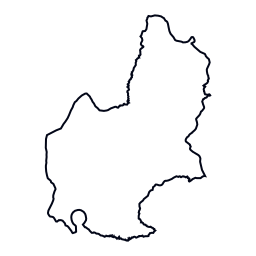 the district of Senafe, Debub, Eritrea
{"feature_id": "51966322B59675289253253", "entity_name": "Senafe", "entity_type": "district", "adm_level": 2, "iso_a3": "ERI", "parent_name": "Eritrea", "parent_adm1": "Debub", "projection": "orthographic", "projection_center": [39.494, 14.702], "detail": "fine", "context": "isolated", "style": "outline", "palette": "ink", "viewbox_px": 256, "rotation_deg": 0, "n_neighbors": 0, "source": "geoboundaries", "source_scale": "gbopen_adm2", "svg_char_len": 5823}
<svg xmlns="http://www.w3.org/2000/svg" viewBox="0 0 256 256"><path d="M73.3,105.3L72.7,107.2L70.9,110.5L69.0,115.2L67.6,118.2L65.3,121.7L63.6,123.9L60.9,128.5L56.3,130.3L47.0,135.1L46.0,139.0L45.8,147.9L46.7,152.0L46.5,154.8L46.6,157.0L46.2,160.9L46.4,162.7L45.9,165.6L45.9,167.6L46.2,171.5L47.0,175.5L47.8,178.3L50.3,180.4L50.9,181.2L51.1,182.3L53.4,183.9L55.4,188.3L55.5,189.3L54.5,191.4L53.3,195.3L53.2,197.3L53.6,198.7L53.2,200.4L51.9,203.6L48.4,210.6L48.0,212.8L48.1,213.7L49.2,215.6L50.1,216.5L52.2,216.8L53.3,217.2L54.1,218.1L56.0,221.4L57.0,221.6L59.0,220.1L59.3,220.3L60.8,220.1L62.6,220.7L64.9,223.3L65.5,225.4L67.4,226.1L68.2,226.8L71.3,230.9L72.2,232.6L72.8,233.1L75.5,232.2L76.1,231.7L75.9,226.2L75.4,225.5L73.4,223.9L72.4,222.2L71.6,219.9L71.3,217.5L71.4,215.9L71.8,214.4L73.0,212.4L75.0,210.8L77.7,210.0L79.5,209.9L81.1,210.3L83.7,211.9L85.2,214.0L85.7,215.6L86.2,218.5L86.0,220.2L84.5,222.7L82.9,224.6L84.8,227.1L85.1,227.3L85.6,227.2L88.0,229.0L88.8,229.4L89.6,230.6L91.7,232.8L93.2,232.8L93.8,232.4L94.8,232.6L96.4,233.6L98.0,233.7L98.9,234.0L100.6,235.4L102.6,235.7L103.6,236.3L104.3,236.3L104.6,236.7L105.8,236.3L106.2,235.7L108.1,236.3L108.9,236.0L109.3,236.2L109.5,235.7L110.6,235.5L110.7,236.0L111.9,235.5L111.9,236.4L112.1,236.7L113.4,237.1L113.9,236.3L114.1,236.8L114.9,236.9L115.4,237.5L116.0,237.5L117.0,238.7L117.7,238.1L118.3,238.1L118.6,237.4L119.1,236.8L119.5,237.7L119.2,238.6L119.3,238.9L121.0,238.4L121.8,239.2L124.6,239.8L125.3,239.6L125.6,240.2L126.3,240.2L126.9,240.6L127.4,240.3L127.7,240.6L128.1,240.6L128.4,240.0L129.0,239.8L129.0,239.1L128.7,238.4L129.3,238.4L129.4,238.1L130.4,239.0L131.4,238.3L131.5,237.7L131.9,237.4L132.8,237.6L133.2,237.1L134.3,236.7L135.1,236.9L135.8,237.5L136.5,237.6L138.1,236.7L138.7,236.7L139.1,236.0L141.2,236.1L142.5,235.6L143.4,236.7L145.2,236.2L147.9,236.2L148.5,236.0L148.7,234.8L149.4,234.1L150.0,233.1L150.6,233.1L151.6,232.8L153.3,232.9L154.0,231.7L155.3,230.5L153.9,229.4L154.1,228.9L153.5,228.7L152.8,227.9L151.7,227.6L150.8,226.8L150.6,226.7L150.1,227.0L148.3,226.8L146.9,226.2L146.6,225.5L145.6,225.3L145.4,224.7L143.7,224.4L143.1,223.1L142.0,222.5L141.1,222.4L141.4,221.6L140.8,220.9L140.4,219.8L139.7,219.0L139.4,218.8L138.9,218.8L138.7,218.6L138.7,215.8L139.4,213.5L138.7,212.7L139.2,210.6L139.8,209.7L139.9,208.8L140.1,208.3L139.5,206.7L139.4,203.9L140.4,202.6L143.0,200.5L143.8,199.1L147.9,195.8L149.2,192.0L150.6,190.5L152.6,189.9L153.1,187.1L154.6,186.1L155.3,184.9L155.9,184.5L157.3,184.7L159.0,185.3L160.5,185.3L161.6,185.0L162.7,183.9L163.5,182.4L164.6,181.1L165.4,180.8L166.5,180.8L168.4,180.4L171.9,178.9L173.6,177.7L176.4,176.3L178.4,176.9L179.3,176.3L179.9,176.3L180.6,177.0L181.0,177.2L182.8,176.3L183.3,176.3L184.0,176.7L184.5,176.6L185.7,177.3L187.3,176.5L187.8,177.1L187.6,177.6L187.8,178.1L188.4,178.4L189.2,178.4L189.5,179.0L188.8,180.7L189.0,181.3L189.5,181.5L191.6,180.1L192.4,179.2L195.4,177.8L196.6,178.1L200.6,178.1L202.6,176.5L204.7,175.9L205.1,176.0L202.0,169.9L200.2,162.2L200.1,161.2L200.4,158.7L200.1,157.5L199.4,156.1L198.4,155.1L193.0,151.9L190.8,150.1L190.2,149.4L190.0,148.8L190.3,147.4L190.7,146.5L190.6,146.2L190.0,145.5L189.9,144.6L185.9,141.5L185.7,140.8L185.7,139.8L186.1,138.7L187.2,137.1L188.4,136.4L189.1,135.1L190.0,134.1L192.2,132.6L192.2,132.4L194.7,130.2L195.9,128.7L197.3,124.6L197.0,122.3L196.3,120.0L196.1,119.0L196.7,118.1L199.3,115.3L200.1,114.1L201.0,111.6L202.0,110.9L203.5,109.0L204.1,108.0L204.1,107.0L202.9,103.8L202.7,102.8L202.2,101.7L203.1,99.3L203.3,99.1L204.2,98.8L204.7,98.1L206.5,97.5L208.1,95.5L209.6,95.7L210.2,95.4L209.8,94.7L209.2,94.3L207.7,94.8L205.1,94.3L204.6,93.2L204.5,92.1L204.0,91.5L204.1,90.8L203.7,89.7L203.9,88.3L205.2,86.7L204.6,86.3L204.2,86.4L203.5,85.7L204.0,85.4L204.4,84.7L205.3,84.4L207.4,82.8L208.1,81.2L207.8,80.3L208.8,78.7L208.5,78.2L208.6,77.6L208.3,77.0L208.2,75.7L207.6,74.6L207.3,73.6L206.9,71.3L206.8,69.6L207.1,68.6L209.1,64.3L209.7,62.4L209.0,59.6L208.6,58.8L207.4,57.9L205.8,56.1L205.6,55.3L204.8,53.9L200.3,51.9L194.3,46.7L192.2,44.2L191.5,43.8L191.5,43.3L194.0,42.1L194.5,41.5L194.6,40.6L194.4,39.6L193.2,37.3L192.1,37.0L191.5,37.2L190.0,39.4L188.6,41.1L187.4,41.8L185.3,42.3L182.9,42.4L182.3,42.0L181.2,41.6L176.4,40.7L175.1,40.0L173.5,37.2L170.6,33.8L170.1,32.7L169.4,31.0L168.6,27.3L167.9,23.7L167.2,21.9L166.4,21.1L165.5,20.7L163.8,18.0L163.0,17.7L161.1,16.4L158.1,15.7L154.8,15.4L151.0,16.4L148.5,16.0L148.3,16.6L147.4,17.6L147.3,18.7L146.5,20.4L147.3,23.8L146.4,29.2L145.1,31.0L143.8,31.2L143.1,31.1L142.6,31.4L141.3,35.4L140.5,36.4L141.9,38.1L142.4,40.1L142.1,41.0L141.0,43.1L140.9,44.2L141.7,45.5L143.1,46.2L143.4,46.7L143.3,47.0L140.7,49.0L140.2,49.8L140.1,50.7L140.4,51.9L140.3,52.6L140.5,54.6L140.0,55.3L139.0,55.6L139.2,56.5L138.9,57.0L139.1,57.5L138.5,57.5L138.1,58.2L137.3,58.6L136.7,59.5L135.9,60.1L136.3,61.1L135.7,62.7L135.8,65.0L133.8,68.0L133.4,70.0L132.5,71.6L131.8,72.2L132.1,72.8L132.0,73.2L131.3,74.0L131.3,74.3L132.3,75.0L132.3,75.3L131.6,75.8L132.0,77.0L131.9,77.4L131.2,77.8L130.9,79.0L130.5,79.4L129.8,79.6L129.6,80.3L128.7,81.6L129.2,82.1L128.9,83.0L128.6,83.5L127.7,84.2L127.7,84.5L128.7,85.3L128.7,85.6L128.5,86.2L127.5,86.7L127.4,86.9L128.5,87.6L128.5,88.4L129.0,89.3L128.7,90.1L127.5,91.0L127.3,92.0L128.1,93.3L128.0,95.5L128.5,96.5L128.1,97.5L128.2,98.0L128.6,98.6L128.1,99.5L128.8,100.4L128.6,100.9L127.5,101.1L127.5,101.7L128.8,102.8L128.1,103.1L127.1,104.6L124.6,104.4L124.1,103.8L123.7,104.0L123.5,104.8L122.7,105.4L121.7,105.5L120.2,105.4L119.8,105.6L119.7,106.2L118.9,106.5L118.3,107.6L117.4,107.6L116.1,106.8L115.1,106.8L110.8,108.4L108.0,110.1L106.6,110.5L103.9,110.9L99.9,110.4L99.5,110.3L97.7,108.2L95.4,106.3L93.9,103.4L92.6,101.8L91.5,99.4L90.7,98.3L89.8,96.5L86.7,93.5L85.2,93.6L82.1,95.3L81.2,96.0L78.4,98.5L76.4,101.0L74.8,102.2L73.3,105.3Z" fill="none" stroke="#020617" stroke-width="2"/></svg>